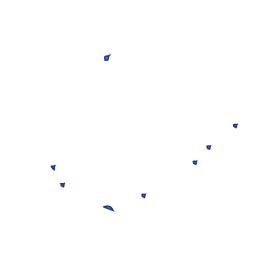 Alifu Dhaalu, orthographic projection, rotated 52°
{"feature_id": "MDV-5232", "entity_name": "Alifu Dhaalu", "entity_type": "Atoll", "adm_level": 1, "iso_a3": "MDV", "parent_name": "Maldives", "parent_adm1": "", "projection": "orthographic", "projection_center": [72.869, 3.67], "detail": "fine", "context": "isolated", "style": "filled", "palette": "blue", "viewbox_px": 256, "rotation_deg": 52, "n_neighbors": 0, "source": "natural_earth", "source_scale": "10m", "svg_char_len": 1069}
<svg xmlns="http://www.w3.org/2000/svg" viewBox="0 0 256 256"><g transform="rotate(52 128 128)"><path d="M183.7,190.5L175.0,195.9L174.9,196.0L177.0,192.1L179.3,190.4L181.6,190.2L183.7,190.5ZM59.3,98.0L60.1,99.9L61.4,101.1L61.9,102.3L60.4,104.3L59.3,103.6L57.8,102.7L57.8,101.2L58.8,99.8L59.3,98.0ZM196.4,94.4L197.1,95.5L198.2,96.3L198.2,97.1L196.2,98.0L194.6,97.1L194.8,96.4L195.7,95.6L196.4,94.4ZM190.9,155.2L191.5,156.3L192.2,156.8L192.6,157.1L192.8,157.9L190.7,158.8L189.1,157.9L189.3,157.1L190.2,156.3L190.9,155.2ZM192.3,39.9L192.9,41.1L193.3,41.4L193.9,41.9L194.1,42.6L192.0,43.6L190.5,42.6L190.7,41.9L191.6,41.1L192.3,39.9ZM192.9,74.1L193.6,75.3L194.4,75.9L194.6,76.1L194.8,76.8L192.7,77.8L192.4,77.7L191.1,76.9L191.4,76.1L192.3,75.3L192.9,74.1ZM132.5,212.4L132.6,212.5L133.2,213.6L134.3,214.4L134.5,215.1L132.4,216.1L130.8,215.1L130.7,215.1L131.1,214.4L132.0,213.6L132.5,212.4ZM112.7,209.0L113.2,209.9L113.4,210.2L114.7,211.0L115.4,211.7L114.1,212.2L111.3,212.2L111.1,211.6L112.1,210.5L112.7,209.0Z" fill="#3b82f6" stroke="#1e3a8a" stroke-width="1.5"/></g></svg>